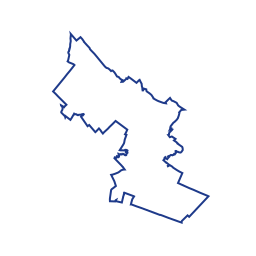 Targu Secuiesc, Covasna, Romania, rotated 260°
{"feature_id": "2599482B4522820448133", "entity_name": "Targu Secuiesc", "entity_type": "district", "adm_level": 2, "iso_a3": "ROU", "parent_name": "Romania", "parent_adm1": "Covasna", "projection": "orthographic", "projection_center": [26.171, 46.007], "detail": "fine", "context": "isolated", "style": "outline", "palette": "blue", "viewbox_px": 256, "rotation_deg": 260, "n_neighbors": 0, "source": "geoboundaries", "source_scale": "gbopen_adm2", "svg_char_len": 5599}
<svg xmlns="http://www.w3.org/2000/svg" viewBox="0 0 256 256"><g transform="rotate(260 128 128)"><path d="M147.1,169.9L146.9,169.5L145.7,169.7L146.5,167.4L146.9,166.6L149.2,162.6L150.2,161.2L152.5,158.4L152.6,158.5L156.5,156.8L158.3,155.3L159.9,153.7L160.9,152.7L161.9,152.6L162.9,152.7L163.9,150.7L163.6,150.6L162.8,149.7L162.4,149.4L162.5,148.9L163.5,148.9L165.2,149.1L166.6,148.9L169.3,149.1L170.6,148.6L173.4,147.8L173.2,147.3L171.0,144.2L175.9,139.7L178.2,137.4L176.4,136.0L176.7,135.4L177.1,135.0L176.9,134.9L176.5,134.5L174.5,131.4L174.4,131.0L174.6,129.8L174.6,129.6L175.8,130.3L176.2,130.8L176.9,129.8L178.3,128.5L179.7,127.8L180.1,127.2L180.3,126.9L180.4,126.4L180.7,126.1L183.8,124.9L185.1,124.3L186.2,123.6L186.8,123.1L187.2,122.9L187.3,122.8L187.4,122.5L187.4,122.2L187.0,121.2L188.7,120.1L189.9,119.1L190.3,118.6L190.9,117.3L191.1,117.1L191.5,116.7L192.2,116.3L192.4,116.0L206.9,107.8L211.0,105.0L212.2,104.3L213.0,104.1L213.3,104.1L213.6,104.0L216.8,101.9L220.3,99.7L220.4,99.8L223.5,98.4L225.7,97.0L223.1,92.4L230.5,88.0L230.0,88.0L226.2,86.9L223.5,86.7L220.5,85.6L218.8,85.3L217.3,84.8L214.9,83.7L215.1,83.6L214.6,83.4L213.9,83.1L213.1,82.4L212.6,82.3L211.7,82.4L210.8,82.8L210.2,82.9L209.7,82.7L205.8,81.1L205.1,80.8L204.1,80.1L203.4,80.8L202.8,81.4L200.7,84.8L200.2,85.5L199.3,86.2L196.6,83.2L194.2,80.5L191.6,77.4L188.7,74.2L177.0,60.6L174.0,62.8L171.4,64.5L161.6,71.4L160.2,69.3L159.6,68.7L160.4,67.9L162.0,66.0L161.7,66.0L161.1,66.6L159.9,67.0L158.6,67.0L157.3,66.5L156.1,65.5L155.5,65.1L155.0,65.1L154.8,65.0L150.4,68.0L149.4,68.1L149.8,68.4L150.5,68.6L146.0,72.7L147.6,74.2L151.4,77.4L150.6,77.9L150.6,78.0L150.8,78.6L150.7,79.1L150.5,79.4L150.2,79.7L150.0,80.1L149.6,80.3L149.3,80.9L149.3,81.2L149.5,81.7L149.6,82.1L149.3,83.6L149.6,85.5L149.4,86.1L149.5,86.6L149.4,86.7L149.2,86.8L148.9,86.5L148.5,86.0L148.3,85.8L148.4,85.6L148.1,85.0L147.3,83.7L136.8,88.5L137.7,90.3L129.6,95.1L130.2,96.1L132.6,99.3L130.6,100.5L128.7,101.3L126.9,102.3L128.0,103.7L130.8,108.1L132.2,109.9L134.6,113.5L137.1,117.0L126.5,127.0L124.1,125.4L122.3,124.0L121.6,125.3L119.6,124.2L117.2,122.8L114.5,121.8L113.5,121.3L112.2,120.2L107.6,116.0L107.3,116.8L107.0,118.5L106.6,120.3L106.6,120.5L106.8,120.9L107.0,121.4L106.9,121.9L106.7,121.9L106.6,122.2L106.6,122.7L106.4,122.9L106.2,123.1L106.2,123.4L106.1,123.5L105.8,123.6L105.3,123.2L105.0,122.8L104.9,122.3L105.0,121.9L105.0,121.7L104.7,121.6L104.4,121.8L104.8,122.2L104.8,122.4L104.7,122.6L104.5,122.8L104.0,123.2L103.7,123.2L103.5,122.9L103.5,122.6L103.6,122.2L103.0,122.1L102.4,121.9L101.8,121.7L101.6,121.5L101.5,121.1L101.8,120.3L102.2,120.2L102.6,119.6L103.0,119.4L103.2,119.2L103.0,118.6L103.0,118.3L103.1,118.0L103.5,117.7L103.1,117.2L103.0,116.5L103.1,116.3L103.5,116.1L103.4,115.8L103.4,114.9L103.9,114.5L104.2,114.3L104.3,114.1L104.1,114.1L103.6,114.5L103.4,114.5L103.1,114.3L102.8,114.4L102.7,114.5L102.0,114.3L101.4,114.2L101.2,114.0L100.9,113.6L101.2,113.2L101.8,113.0L101.9,112.8L102.0,112.5L102.2,112.4L102.3,112.2L102.2,112.1L101.6,112.1L101.1,112.0L100.8,111.8L100.7,111.6L100.6,111.3L100.8,110.9L100.9,110.7L101.2,110.5L101.4,109.9L101.0,109.7L100.6,109.4L92.2,115.1L90.8,115.9L90.5,116.2L90.4,116.2L87.7,117.5L87.8,116.7L87.8,115.4L87.6,114.3L87.3,113.4L86.7,112.4L86.3,111.6L86.0,110.9L85.8,110.3L85.2,107.4L84.8,104.8L84.8,104.1L84.8,103.3L77.9,105.3L73.0,106.0L71.6,103.4L70.6,101.4L70.2,100.9L69.8,100.6L68.3,100.1L61.9,98.0L60.6,97.7L59.0,97.5L57.9,102.7L58.3,103.0L58.8,103.1L59.1,103.5L59.2,103.8L58.9,103.6L58.5,103.7L58.1,103.6L57.9,103.7L55.7,109.0L59.7,110.7L60.1,110.9L60.2,111.0L61.2,111.3L61.7,111.6L62.5,112.0L62.8,112.2L63.0,112.4L63.2,112.5L63.5,112.4L64.3,112.9L64.8,112.8L65.0,113.0L59.9,121.7L59.6,122.1L57.5,120.2L57.0,119.8L53.9,118.3L52.3,117.6L52.3,117.8L49.3,122.9L47.2,126.7L36.8,144.4L36.8,144.7L36.8,144.9L35.7,146.8L32.4,152.3L25.5,164.4L26.6,164.6L27.1,164.9L31.6,171.5L29.9,172.8L46.8,195.4L47.2,194.9L51.7,187.8L55.8,181.7L58.1,178.0L65.1,167.7L69.2,170.4L74.2,173.7L76.2,171.0L78.1,168.8L81.1,165.6L82.2,164.9L84.2,162.7L83.8,161.9L83.4,160.7L83.8,160.6L84.5,162.2L87.3,159.8L87.2,159.6L89.3,158.0L90.1,157.3L90.8,158.1L91.3,158.4L92.0,158.7L92.4,158.9L92.8,159.6L92.2,159.8L91.1,160.3L91.2,160.9L90.6,161.3L90.8,161.5L91.4,162.1L92.3,163.3L93.1,162.6L93.2,162.9L93.3,163.2L93.4,163.8L93.6,164.9L94.0,165.5L93.7,166.6L93.4,166.9L93.4,167.1L93.6,167.4L93.6,168.0L94.2,168.5L94.4,168.8L94.1,168.9L93.8,169.1L93.8,169.4L94.1,169.7L94.9,170.6L95.3,170.9L95.9,170.9L97.0,170.8L97.1,171.1L97.0,171.4L96.3,171.6L96.1,171.8L96.0,172.1L96.1,172.6L96.0,172.9L95.6,173.3L95.3,173.8L94.8,175.0L94.7,175.6L94.8,175.8L95.2,176.5L95.5,176.8L96.5,177.8L96.7,178.0L97.0,178.1L98.7,178.3L100.0,178.1L103.8,174.3L103.9,174.5L105.6,173.3L107.8,171.1L108.3,171.9L109.0,172.9L112.0,169.7L111.9,168.8L111.8,168.2L111.7,167.6L114.1,166.4L114.1,166.6L114.6,167.3L115.3,167.4L115.7,167.5L116.6,168.4L117.0,168.8L117.2,169.3L117.6,169.6L117.8,170.1L118.0,170.3L118.2,170.7L118.3,170.8L118.3,170.5L118.4,170.4L118.6,170.3L118.8,170.4L118.9,170.6L119.2,170.9L119.7,170.9L119.9,170.9L120.0,170.9L120.1,170.7L119.6,169.8L119.8,169.5L119.7,169.3L120.0,169.5L120.0,169.4L120.6,169.7L121.1,169.7L122.3,170.3L122.7,170.7L123.1,171.3L123.6,171.6L124.2,172.4L124.9,173.1L125.5,173.9L125.9,174.9L126.3,175.4L127.4,177.1L128.1,177.9L128.9,178.7L129.4,179.1L129.6,179.1L131.3,180.1L133.0,180.9L134.1,181.3L134.5,181.1L136.5,183.6L136.3,186.7L139.3,183.4L141.1,181.6L141.8,181.2L144.3,180.3L144.8,179.7L146.5,177.5L147.4,175.9L147.9,175.6L150.3,174.6L148.8,172.3L147.1,169.9Z" fill="none" stroke="#1e3a8a" stroke-width="2"/></g></svg>